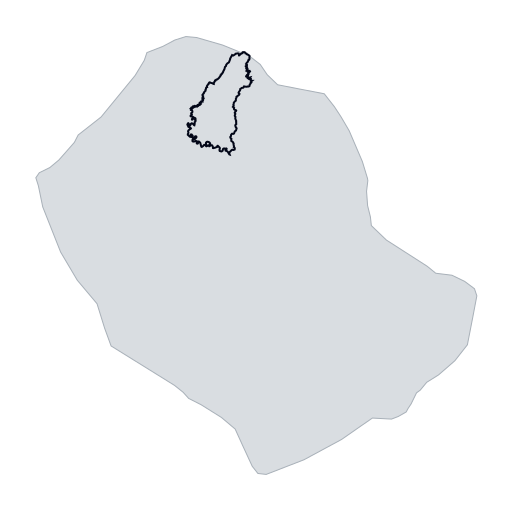 Menoaneng, Mokhotlong, Lesotho shown in context, rotated 271°
{"feature_id": "5366337B74637186434694", "entity_name": "Menoaneng", "entity_type": "district", "adm_level": 2, "iso_a3": "LSO", "parent_name": "Lesotho", "parent_adm1": "Mokhotlong", "projection": "orthographic", "projection_center": [29.096, -29.433], "detail": "fine", "context": "in_parent", "style": "outline", "palette": "ink", "viewbox_px": 512, "rotation_deg": 271, "n_neighbors": 0, "source": "geoboundaries", "source_scale": "gbopen_adm2", "svg_char_len": 7066}
<svg xmlns="http://www.w3.org/2000/svg" viewBox="0 0 512 512"><g transform="rotate(271 256 256)"><path d="M352.3,360.7L335.6,366.1L333.3,366.5L322.6,365.4L308.3,366.7L297.1,369.7L288.4,370.8L274.2,386.1L248.7,427.4L241.9,436.0L240.2,452.2L234.3,465.0L227.1,475.0L220.0,477.5L198.5,473.8L170.9,468.9L154.8,456.7L140.3,440.6L132.7,428.9L124.7,422.5L122.0,418.9L110.7,413.6L106.4,410.8L102.7,408.9L98.0,401.0L95.3,394.3L96.0,375.2L87.9,363.9L74.1,344.8L65.2,329.0L53.1,307.5L45.6,289.1L37.8,270.0L38.6,261.7L45.7,255.9L66.4,245.9L82.6,238.2L94.0,224.2L106.4,203.6L112.4,191.2L118.5,185.5L125.2,176.8L136.8,157.4L149.7,135.8L163.5,112.7L181.2,105.9L205.5,97.9L228.7,77.7L256.5,60.6L301.4,41.9L322.4,37.2L330.4,34.5L335.5,37.9L340.9,48.4L348.5,57.2L366.4,72.4L373.9,76.1L392.3,98.7L411.9,114.2L434.4,132.0L449.7,140.9L457.5,143.4L464.0,159.3L470.5,171.0L474.2,182.1L473.4,192.8L466.3,219.0L455.9,245.8L447.6,256.9L437.5,264.0L427.6,274.6L423.8,296.1L419.4,321.4L406.6,331.8L396.6,338.6L382.8,347.0L352.3,360.7Z" fill="#d9dde1" stroke="#a8b0b8" stroke-width="1"/><path d="M458.2,243.0L458.4,242.3L458.8,241.7L459.6,241.1L459.6,239.3L459.4,239.0L459.0,239.1L458.5,238.7L457.7,237.1L456.3,235.8L456.3,235.5L457.1,235.5L458.1,235.1L458.3,234.4L457.9,232.1L457.5,231.9L456.1,229.9L456.0,229.5L456.5,228.6L452.9,226.7L452.2,226.7L449.3,225.6L449.0,225.4L448.1,224.0L446.7,222.9L445.5,222.7L444.5,221.7L442.0,221.1L441.5,220.7L440.9,220.6L440.1,220.0L439.3,219.9L438.7,219.3L438.2,219.3L437.6,218.9L437.2,218.1L436.8,218.0L436.6,218.0L436.1,217.7L436.0,217.3L434.9,217.1L434.4,216.5L433.4,215.9L433.1,215.5L432.5,215.0L432.1,214.4L432.0,214.0L431.7,213.8L431.7,213.5L431.5,213.0L430.8,212.6L430.9,212.3L430.6,212.1L430.6,211.9L429.9,211.7L429.5,211.3L428.7,211.2L427.9,210.6L427.3,210.7L427.4,210.2L428.0,209.6L428.2,208.1L428.8,206.9L428.8,206.5L428.5,206.1L427.3,205.7L427.3,205.4L426.6,205.1L425.7,204.3L424.9,203.9L424.0,204.2L423.8,203.7L423.2,203.1L422.2,203.1L421.6,202.6L420.4,202.7L419.9,202.1L419.5,201.9L418.6,201.0L417.7,201.0L417.3,200.6L417.2,200.4L416.1,199.6L415.4,199.8L414.9,200.4L414.4,200.3L414.3,200.1L414.0,200.1L413.8,199.9L413.5,200.2L413.2,200.0L413.1,200.3L413.1,200.7L412.6,200.9L411.9,200.2L411.9,199.9L411.8,199.7L411.6,199.7L411.5,200.0L411.2,200.0L411.1,200.4L410.9,200.4L410.3,200.1L410.2,199.8L409.6,199.8L409.8,199.3L409.2,199.0L408.9,198.6L409.4,198.5L409.4,198.3L408.7,198.2L408.2,198.0L408.5,197.4L408.4,197.2L408.1,197.3L407.4,197.9L407.2,197.7L407.0,198.1L406.3,197.4L406.7,197.0L406.4,197.0L406.1,196.8L406.4,196.3L405.7,195.9L406.2,195.5L406.1,195.2L404.9,195.2L404.3,194.5L404.4,194.2L405.0,193.6L404.5,193.1L404.6,192.7L404.2,192.8L404.1,192.4L404.7,192.4L404.9,192.2L404.5,191.8L404.3,191.3L403.7,191.4L403.5,191.1L404.4,190.8L404.6,190.8L404.7,190.6L404.2,190.3L403.8,189.7L403.4,190.0L403.0,189.9L403.1,189.4L402.6,189.3L402.5,189.0L402.8,188.5L402.4,188.3L402.1,188.0L401.7,188.5L402.2,188.9L402.0,189.3L402.4,189.5L400.8,188.7L400.7,189.3L400.4,189.6L399.5,189.9L398.6,189.8L397.6,188.7L396.4,189.4L396.0,189.2L395.6,188.4L395.0,188.1L394.8,188.1L394.4,188.6L394.3,190.0L393.8,190.8L393.1,190.6L391.7,189.5L391.3,189.6L391.3,190.1L391.5,190.3L392.8,190.8L393.3,191.4L393.0,192.4L392.6,193.0L391.9,193.2L391.6,192.7L391.2,192.5L390.1,193.3L389.4,193.0L388.7,192.3L387.0,192.4L385.6,192.1L385.7,191.8L386.9,190.8L387.6,189.5L387.5,189.2L386.9,188.5L386.6,188.5L385.6,188.0L385.1,187.4L385.0,187.0L385.4,186.5L387.2,186.4L387.6,186.1L387.5,185.7L386.4,185.1L386.1,185.1L385.0,185.7L384.0,186.1L383.0,188.3L382.4,188.7L382.0,188.4L381.4,187.3L380.2,186.1L379.3,185.9L378.6,186.2L377.9,186.3L376.7,185.7L376.0,185.7L374.1,187.8L373.8,189.4L374.0,189.6L374.5,189.5L374.9,188.9L376.0,188.5L376.4,188.8L376.4,189.5L375.1,190.6L373.2,190.6L372.8,190.8L372.7,191.2L372.8,192.1L374.5,193.0L374.7,193.8L374.3,194.3L373.8,194.4L372.8,193.8L372.0,193.0L371.4,191.0L370.9,190.4L369.7,190.5L369.4,190.9L369.3,191.3L369.4,192.3L370.0,193.7L369.8,194.6L369.4,194.8L367.9,194.7L367.5,194.9L367.3,195.3L367.5,195.9L367.9,196.1L368.8,196.1L369.5,196.4L369.4,197.1L368.2,198.3L365.0,199.2L364.4,199.4L364.2,199.6L364.1,199.9L365.0,201.2L366.2,202.2L366.2,203.0L365.3,204.0L364.9,204.2L364.8,204.4L365.1,205.2L365.2,205.3L365.7,205.1L366.5,204.4L367.4,204.0L368.4,204.0L369.2,204.7L369.4,205.3L369.2,206.6L368.7,207.5L367.8,208.2L367.5,208.2L367.4,207.9L365.9,207.0L365.1,207.1L364.9,207.3L365.0,207.7L365.8,208.7L366.0,209.9L365.7,210.3L365.4,210.5L364.3,211.0L363.2,211.1L363.1,211.5L363.7,213.6L364.2,214.6L364.4,215.4L364.6,215.6L365.2,215.4L365.5,215.6L365.5,215.9L363.8,217.7L363.2,218.0L361.3,217.6L360.4,217.9L360.4,218.1L359.9,219.4L360.0,219.9L360.7,220.8L362.3,221.1L362.8,221.6L363.0,222.2L362.8,222.4L362.7,223.5L363.0,224.1L363.0,224.5L362.8,224.7L362.6,224.8L362.2,224.5L361.9,223.9L361.6,223.7L360.9,223.7L360.6,224.2L360.6,224.8L359.7,226.0L357.8,227.1L357.1,227.6L357.0,227.9L358.3,227.4L359.8,228.1L360.3,228.8L361.1,229.4L361.8,230.3L361.9,230.7L361.6,231.4L361.8,232.1L362.1,232.8L363.4,232.9L363.9,232.7L364.5,231.9L364.9,232.1L365.7,232.0L366.8,231.6L368.2,231.7L368.5,231.3L369.2,231.1L369.6,230.8L370.6,229.3L372.1,229.2L372.7,229.4L373.8,228.3L374.6,228.2L375.3,228.8L376.8,229.0L377.8,229.8L377.9,230.0L377.7,231.1L378.1,231.9L380.2,232.6L381.1,233.8L383.3,234.4L383.9,234.1L384.2,233.6L385.0,233.4L385.8,233.0L386.6,233.1L387.6,234.0L388.6,233.8L389.4,233.9L389.9,233.7L390.6,233.9L392.9,232.9L394.9,233.0L395.6,232.4L396.3,232.3L397.7,232.9L398.8,232.2L399.5,232.5L400.6,233.5L401.1,233.7L401.3,233.6L401.8,232.2L402.2,231.6L402.9,231.3L403.8,231.5L404.7,230.3L405.8,231.1L406.7,230.7L407.7,231.1L408.8,231.1L410.2,232.1L410.7,232.9L411.5,233.2L412.8,233.1L414.3,233.8L414.9,233.7L416.7,236.1L417.3,236.5L417.9,236.6L418.4,235.9L419.0,235.7L419.8,236.1L421.4,237.2L422.7,237.3L423.4,238.4L423.8,238.8L424.1,240.4L425.4,241.1L425.1,242.1L425.1,244.1L425.4,244.8L425.3,245.6L425.7,246.4L426.0,246.6L427.3,246.7L428.1,247.4L428.8,247.7L429.2,248.1L429.4,247.7L429.7,247.6L430.1,248.0L430.6,248.3L431.1,248.9L431.1,248.3L431.6,247.8L433.0,247.8L433.1,247.4L432.6,247.5L432.5,247.4L432.5,246.4L432.7,246.1L432.9,246.2L433.0,246.7L433.6,246.7L434.5,247.2L434.2,246.1L433.5,245.4L433.6,244.7L433.8,244.5L434.6,245.0L434.9,244.9L434.7,244.3L435.3,243.0L435.7,243.1L435.7,243.5L436.3,244.0L436.0,244.4L436.4,244.9L436.6,244.9L436.8,244.4L437.1,244.1L437.8,244.9L437.9,245.4L438.3,245.4L438.8,245.0L439.1,245.1L439.3,245.8L440.4,246.8L441.0,246.4L441.0,245.9L440.8,245.2L440.1,245.0L440.1,244.8L440.2,244.6L440.6,244.6L440.4,244.1L440.9,243.7L441.0,243.2L441.7,243.4L442.2,243.8L442.4,244.3L442.7,244.4L443.2,244.2L443.0,243.3L443.6,242.9L443.8,243.0L444.3,243.6L444.8,243.7L445.0,243.5L445.0,242.8L445.6,242.4L445.8,242.6L446.4,243.6L446.9,243.7L447.2,243.5L447.4,243.0L447.8,242.7L448.1,243.0L449.0,243.3L450.1,244.5L450.6,244.5L451.4,245.0L452.1,245.1L452.2,245.8L452.4,245.9L453.4,246.1L454.2,246.0L454.6,245.9L455.4,246.1L456.1,246.0L457.1,244.6L457.6,243.3L458.2,243.0Z" fill="none" stroke="#020617" stroke-width="2"/></g></svg>